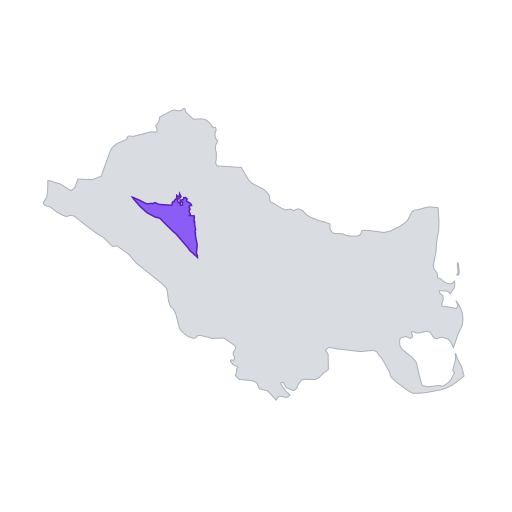 Bayramaly, Mary, Turkmenistan shown in context, rotated 184°
{"feature_id": "10190150B73073283057167", "entity_name": "Bayramaly", "entity_type": "district", "adm_level": 2, "iso_a3": "TKM", "parent_name": "Turkmenistan", "parent_adm1": "Mary", "projection": "robinson", "projection_center": [62.199, 38.282], "detail": "fine", "context": "in_parent", "style": "filled", "palette": "violet", "viewbox_px": 512, "rotation_deg": 184, "n_neighbors": 0, "source": "geoboundaries", "source_scale": "gbopen_adm2", "svg_char_len": 5602}
<svg xmlns="http://www.w3.org/2000/svg" viewBox="0 0 512 512"><g transform="rotate(184 256 256)"><path d="M145.4,167.9L169.6,169.1L177.0,170.0L180.2,166.8L180.0,166.0L178.9,165.3L177.2,163.1L175.9,148.0L178.1,145.8L180.5,144.2L184.1,139.5L186.0,138.0L188.8,136.8L198.0,136.5L201.9,135.5L205.4,130.1L206.1,127.0L208.7,124.5L210.1,124.5L216.3,126.6L217.6,127.8L219.7,131.7L222.0,131.5L222.4,130.8L222.1,130.0L220.4,127.5L216.5,123.0L212.8,120.2L212.5,119.2L215.8,117.0L222.3,117.9L224.0,117.2L225.8,113.6L234.3,121.7L236.0,122.5L242.9,123.6L244.0,124.7L246.3,129.4L248.7,130.6L251.6,131.5L263.9,131.6L267.7,134.7L268.3,135.5L267.6,137.7L267.3,141.9L266.3,143.6L266.9,144.3L271.3,146.1L273.9,148.8L274.1,149.9L273.4,150.7L271.3,150.3L270.3,151.6L270.3,153.8L271.7,155.8L272.1,157.7L270.0,162.1L269.9,163.9L270.6,165.0L281.6,171.6L283.4,171.8L294.2,170.6L296.2,171.3L305.6,172.8L308.3,172.6L310.1,170.5L311.8,169.6L313.4,169.6L317.9,170.9L322.6,173.8L325.7,176.4L327.3,178.7L331.6,191.6L334.4,196.9L337.8,199.7L340.1,204.7L342.2,215.7L343.5,218.0L348.6,222.4L374.9,240.5L382.9,248.6L395.3,256.4L399.8,255.5L409.5,263.8L415.6,266.9L423.6,271.9L440.3,283.2L443.8,283.7L447.8,282.1L451.3,283.0L457.6,285.9L464.4,290.3L470.1,291.8L471.8,293.7L471.9,294.7L468.8,300.2L468.4,307.2L468.9,316.6L467.4,316.8L456.0,314.1L445.3,308.3L442.8,310.2L441.5,312.1L438.9,320.3L424.5,320.8L416.1,324.7L408.5,351.2L406.8,354.5L402.1,358.8L393.8,363.0L392.6,364.7L392.3,366.3L391.3,366.8L386.7,366.8L369.2,372.6L365.4,372.6L363.8,373.0L363.2,374.0L365.1,379.3L363.5,380.8L362.4,383.5L361.6,388.0L350.1,395.2L347.7,396.0L343.0,395.3L340.6,396.1L338.2,398.4L337.0,397.7L336.4,395.4L335.2,393.9L328.0,388.1L319.8,389.0L316.7,388.6L314.2,387.6L310.4,384.3L308.0,381.2L305.5,381.5L304.7,380.0L304.6,378.3L305.4,376.2L305.2,372.2L303.7,369.4L302.1,368.1L304.0,363.5L304.0,360.1L302.8,356.4L302.4,351.0L302.7,345.8L301.2,343.1L276.9,343.3L268.4,331.1L264.8,328.1L252.9,323.0L249.6,320.2L246.9,317.2L246.2,313.0L244.9,310.5L243.0,310.2L233.7,305.3L229.9,304.0L224.8,305.2L221.7,303.9L218.1,305.7L216.6,305.9L212.8,304.7L208.1,300.3L204.1,298.5L195.8,295.7L190.0,294.8L184.8,293.2L184.3,292.5L184.2,288.8L183.5,287.3L182.1,285.4L180.0,284.0L171.2,284.2L167.1,282.8L163.9,282.5L156.8,282.8L154.5,283.8L153.1,285.0L152.2,288.6L151.4,289.1L144.6,289.3L130.0,288.4L123.9,290.2L114.3,295.8L108.7,300.5L107.1,302.6L103.6,310.9L102.2,312.1L100.3,313.0L98.4,313.2L89.6,316.4L86.3,317.2L77.7,316.8L76.0,304.6L75.5,294.9L76.9,281.4L76.7,272.8L78.5,259.7L78.1,256.5L73.9,250.8L73.4,246.8L70.7,246.5L66.4,243.1L62.2,241.8L60.1,241.8L58.1,242.7L56.6,244.7L55.7,241.6L55.8,238.4L59.5,231.8L61.5,233.7L64.1,234.5L70.7,234.1L70.1,231.8L66.8,229.5L66.2,226.5L66.6,223.4L67.6,220.5L66.6,219.3L65.1,218.6L61.5,218.7L52.3,217.6L51.1,221.0L53.5,225.6L49.5,220.4L46.8,215.1L45.2,208.9L45.2,202.2L49.2,191.6L52.6,178.4L55.9,184.0L58.4,186.4L64.1,187.9L66.9,187.6L69.9,186.1L72.8,186.6L77.1,192.3L80.3,192.9L87.1,190.8L90.3,190.3L93.0,191.3L95.9,191.3L94.7,188.6L94.3,186.0L96.0,184.6L101.2,186.1L105.5,184.6L106.3,183.9L106.8,181.7L106.3,177.2L105.4,175.3L103.1,172.6L93.9,166.3L90.9,163.8L88.4,160.5L84.6,147.5L81.6,139.2L80.4,138.2L75.0,137.5L64.6,139.6L61.0,139.1L59.2,140.0L54.9,143.5L52.8,146.5L49.8,153.3L51.8,155.6L49.6,167.1L50.4,172.0L50.0,172.4L47.2,166.2L43.2,160.1L40.1,150.8L46.6,144.7L52.0,140.4L57.8,137.1L63.7,135.0L77.0,131.6L84.4,130.3L90.3,130.1L94.8,132.2L106.8,139.7L112.0,143.9L113.5,145.6L114.8,149.7L123.4,162.8L125.5,164.6L128.8,168.8L132.2,170.1L145.4,167.9ZM54.6,262.0L54.2,263.8L52.7,258.5L52.1,252.6L53.2,251.0L54.4,251.1L53.2,253.2L54.6,262.0Z" fill="#d9dde1" stroke="#a8b0b8" stroke-width="1"/><path d="M328.9,307.8L329.0,307.8L329.3,308.5L329.9,308.9L329.9,309.2L330.0,309.4L330.5,309.5L331.1,309.1L332.2,309.2L332.2,308.9L332.2,308.3L332.8,307.0L333.0,307.0L333.4,307.0L333.5,306.9L333.7,306.7L335.6,306.6L335.6,306.2L335.5,305.1L335.1,305.2L334.9,304.9L334.9,304.7L334.1,304.7L333.6,304.4L332.9,304.4L332.9,301.8L333.7,301.7L334.0,301.3L335.1,301.5L335.3,303.7L336.9,303.6L337.7,304.7L338.4,306.5L337.6,307.6L336.8,308.1L336.7,308.2L335.4,309.1L335.0,310.4L336.2,312.0L336.5,312.7L336.7,311.3L336.3,310.0L337.8,309.9L338.6,310.4L339.3,310.9L339.2,308.1L340.2,307.0L340.9,306.2L341.5,305.1L341.2,304.6L342.6,304.4L343.2,303.6L343.3,302.3L343.5,300.7L345.8,300.7L349.4,300.7L353.1,300.7L356.5,300.7L358.7,301.5L360.2,302.2L361.1,301.9L362.4,301.2L365.4,301.0L366.8,300.4L367.6,300.5L369.5,300.7L371.0,301.3L375.7,303.4L383.4,306.1L383.6,306.1L379.8,302.0L376.1,298.4L374.7,297.0L371.0,294.2L369.7,293.1L367.6,291.5L366.7,291.1L361.8,288.9L359.3,287.8L357.1,287.4L357.0,287.6L354.6,287.0L347.0,280.3L345.7,279.2L340.0,274.4L337.6,272.7L323.9,258.9L322.9,257.3L320.1,255.1L318.8,254.2L317.9,253.3L315.9,251.9L314.3,250.5L314.5,252.2L314.8,252.8L315.0,253.2L315.2,253.7L315.6,254.3L315.6,257.4L315.4,262.9L316.3,266.2L316.8,268.1L317.1,269.5L317.6,271.0L317.7,271.9L317.8,272.9L318.1,273.6L318.0,274.9L318.3,275.0L318.5,275.2L318.7,276.6L318.2,277.5L318.0,277.9L318.0,278.0L318.4,279.4L319.5,283.3L319.5,283.6L319.7,284.7L319.6,284.8L319.5,285.8L319.8,285.9L320.1,286.0L320.1,287.1L320.4,287.6L320.2,290.3L320.2,290.5L320.4,291.7L321.4,291.7L325.1,291.7L325.0,291.8L324.4,293.3L325.0,293.9L325.1,294.1L325.2,294.3L325.3,294.6L325.5,295.0L325.6,295.4L325.8,296.3L325.9,296.7L325.4,297.5L325.0,298.1L325.6,299.3L326.3,300.3L325.7,301.5L323.8,301.9L324.3,303.1L324.8,303.5L325.7,304.3L329.0,305.8L329.0,306.8L329.1,307.1L329.0,307.4L329.0,307.7L328.9,307.8L328.9,307.8Z" fill="#8b5cf6" stroke="#5b21b6" stroke-width="1.5"/></g></svg>